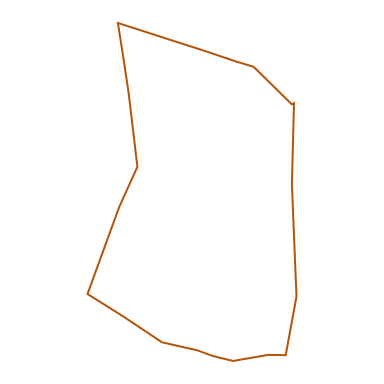 the district of San Pedro Yucunama, Oaxaca, Mexico
{"feature_id": "50627088B3307078777507", "entity_name": "San Pedro Yucunama", "entity_type": "district", "adm_level": 2, "iso_a3": "MEX", "parent_name": "Mexico", "parent_adm1": "Oaxaca", "projection": "natural_earth1", "projection_center": [-97.48, 17.58], "detail": "fine", "context": "isolated", "style": "outline", "palette": "amber", "viewbox_px": 384, "rotation_deg": 0, "n_neighbors": 0, "source": "geoboundaries", "source_scale": "gbopen_adm2", "svg_char_len": 408}
<svg xmlns="http://www.w3.org/2000/svg" viewBox="0 0 384 384"><path d="M294.0,103.3L291.9,104.4L253.6,66.8L237.0,61.8L204.5,50.9L117.9,23.0L123.8,60.6L128.6,92.7L137.4,166.8L119.2,207.0L87.5,294.0L123.0,316.3L162.0,342.3L183.0,347.1L193.3,349.4L197.2,350.3L212.4,355.9L233.2,361.0L240.3,359.7L268.0,354.9L285.7,355.2L296.5,296.6L291.9,184.1L294.0,103.3Z" fill="none" stroke="#b45309" stroke-width="2"/></svg>